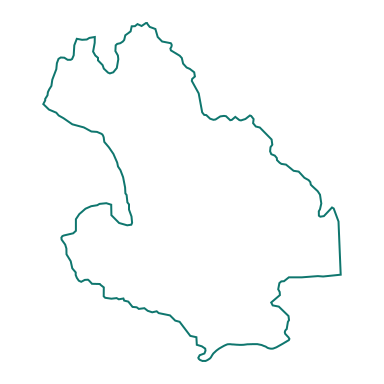 Comapa, Jutiapa, Guatemala
{"feature_id": "79465075B15373267205562", "entity_name": "Comapa", "entity_type": "district", "adm_level": 2, "iso_a3": "GTM", "parent_name": "Guatemala", "parent_adm1": "Jutiapa", "projection": "albers", "projection_center": [-89.917, 14.12], "detail": "fine", "context": "isolated", "style": "outline", "palette": "teal", "viewbox_px": 384, "rotation_deg": 0, "n_neighbors": 0, "source": "geoboundaries", "source_scale": "gbopen_adm2", "svg_char_len": 3402}
<svg xmlns="http://www.w3.org/2000/svg" viewBox="0 0 384 384"><path d="M206.3,115.1L204.2,114.9L202.2,112.4L198.7,93.4L191.8,80.9L192.2,78.9L194.9,76.5L194.2,72.3L189.8,68.9L186.6,67.5L183.1,63.6L181.8,58.0L179.7,55.7L170.9,50.4L170.4,48.5L171.4,46.8L171.7,45.5L171.6,44.5L170.8,43.2L162.1,41.5L157.7,37.0L155.4,29.0L149.7,26.9L147.5,24.1L147.1,23.1L146.0,23.0L141.6,26.0L137.5,24.1L134.9,26.2L131.7,26.3L130.6,31.4L125.3,35.3L124.2,39.9L122.9,41.5L120.3,43.2L117.2,43.9L115.7,45.3L115.4,51.1L117.9,55.5L118.3,59.2L116.8,68.0L113.3,72.3L109.9,73.4L108.0,72.6L103.8,68.6L102.6,65.1L98.0,60.4L98.0,57.8L95.3,55.5L93.1,51.6L94.7,42.8L94.8,37.0L89.4,37.9L86.8,39.5L82.1,39.8L76.8,38.8L74.3,45.3L73.7,55.3L72.1,59.0L70.7,59.8L67.6,59.8L64.3,57.7L60.7,57.5L58.5,58.9L56.9,63.2L56.3,69.2L52.3,79.7L51.4,85.9L49.2,89.4L47.9,92.2L47.5,95.3L45.2,98.9L45.2,100.4L43.3,104.1L49.0,109.6L56.3,112.7L58.7,115.5L63.5,118.2L72.3,124.3L83.8,127.4L91.4,131.5L97.0,131.9L101.2,133.7L102.4,134.5L103.2,136.0L103.7,137.4L104.3,141.9L108.8,147.2L113.4,153.9L117.2,162.6L118.0,166.5L120.4,170.1L123.1,177.2L125.1,187.5L125.4,193.4L126.6,195.0L127.4,202.4L129.0,204.4L129.0,209.6L131.5,216.5L132.1,222.8L131.3,224.7L127.2,225.3L119.1,223.0L111.4,215.2L111.2,204.7L106.3,203.2L99.5,203.9L97.3,205.2L91.2,206.2L85.5,208.7L79.3,214.1L75.9,219.2L75.9,227.7L75.9,230.8L73.2,233.3L63.8,235.5L62.4,236.1L61.4,237.6L61.6,239.6L65.2,244.6L66.4,248.6L66.5,254.3L70.7,261.2L72.3,268.4L75.7,272.4L75.7,275.0L76.8,277.8L78.8,280.7L81.2,281.8L84.8,279.9L87.9,279.7L89.2,280.7L92.0,283.8L99.8,284.0L100.5,284.8L103.8,287.4L103.7,296.3L105.2,297.8L111.4,298.7L116.6,298.1L118.8,299.3L123.4,298.5L124.2,300.6L128.3,301.6L132.5,306.9L136.7,307.3L138.8,308.9L144.4,308.2L147.7,310.8L152.2,312.3L156.7,311.3L158.7,313.1L170.0,315.4L175.2,320.6L179.6,321.8L190.3,335.9L196.4,337.2L196.8,344.8L201.8,346.3L205.2,348.6L205.5,350.7L204.4,353.5L199.7,355.2L198.3,357.8L198.8,358.9L200.1,360.0L202.6,361.0L203.9,360.9L205.3,361.0L206.4,360.6L207.9,359.8L209.9,358.5L210.9,357.4L212.1,355.3L213.3,353.5L214.7,352.2L216.4,350.6L219.1,348.6L222.2,346.8L224.4,345.6L226.2,344.8L227.5,344.3L229.0,344.2L230.4,344.2L231.9,344.4L234.0,344.5L236.4,344.7L240.4,344.9L243.5,344.8L247.3,344.3L250.8,344.2L254.1,344.1L257.2,344.1L259.6,344.6L261.6,345.0L263.7,345.9L264.6,346.2L265.7,346.6L266.6,347.2L267.5,347.8L268.6,348.2L270.3,348.6L272.0,348.7L273.3,348.5L276.4,347.3L282.3,344.0L287.5,340.9L288.8,340.2L289.4,338.9L288.4,337.2L287.4,336.2L286.4,335.1L285.2,333.8L284.8,332.3L285.0,331.2L285.8,329.8L286.7,329.1L287.9,321.9L289.0,320.1L288.5,316.0L278.8,306.6L272.7,305.4L271.2,302.5L272.0,301.8L279.9,295.1L279.7,292.0L278.2,289.3L279.4,283.1L281.3,281.4L284.0,281.2L288.9,277.3L302.2,277.3L317.9,276.1L323.1,276.5L340.7,274.7L338.5,221.5L333.7,208.5L332.0,207.5L323.9,216.1L320.3,216.7L318.9,215.7L318.8,211.3L320.0,209.2L321.3,203.5L320.0,194.7L317.7,191.2L312.3,186.2L310.8,184.7L310.3,182.1L308.6,180.1L304.4,177.8L298.7,171.6L293.6,170.8L286.0,164.6L281.4,163.9L279.6,162.7L277.0,160.1L276.8,158.0L274.8,155.6L271.3,154.2L270.1,151.3L270.5,147.2L272.3,144.7L271.6,139.5L259.8,127.5L255.8,126.5L253.1,123.2L253.6,119.1L251.2,116.0L249.9,115.5L245.4,119.0L241.0,120.4L239.4,120.1L235.3,116.9L231.8,119.9L230.2,120.2L226.0,116.2L224.0,115.9L220.3,116.4L215.5,119.5L213.4,119.8L210.1,118.7L206.3,115.1Z" fill="none" stroke="#0f766e" stroke-width="2"/></svg>